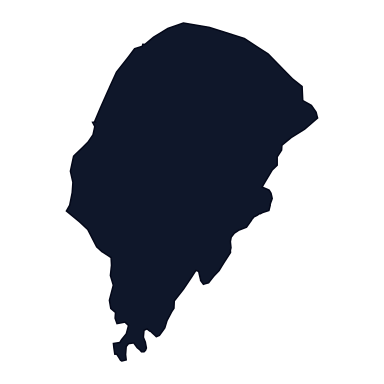 the district of Tukpahblee, Bong, Liberia
{"feature_id": "62588387B55119976119769", "entity_name": "Tukpahblee", "entity_type": "district", "adm_level": 2, "iso_a3": "LBR", "parent_name": "Liberia", "parent_adm1": "Bong", "projection": "equal_earth", "projection_center": [-9.416, 6.618], "detail": "fine", "context": "isolated", "style": "filled", "palette": "ink", "viewbox_px": 384, "rotation_deg": 0, "n_neighbors": 0, "source": "geoboundaries", "source_scale": "gbopen_adm2", "svg_char_len": 2184}
<svg xmlns="http://www.w3.org/2000/svg" viewBox="0 0 384 384"><path d="M294.4,80.4L292.3,78.7L282.4,68.6L268.2,54.0L258.4,47.7L248.2,41.0L244.4,38.5L235.3,35.6L209.4,27.4L183.4,23.0L178.0,24.9L177.7,25.0L167.9,28.4L153.5,37.2L144.9,44.4L142.8,44.3L142.3,46.3L134.6,48.7L128.4,57.0L116.5,72.1L109.6,87.2L109.1,88.4L108.7,89.3L107.9,91.0L100.1,108.6L94.6,121.6L95.1,122.0L94.4,122.1L92.6,122.3L94.8,126.5L93.0,134.8L88.0,142.1L85.5,144.6L82.2,147.9L75.9,153.9L73.6,156.2L70.4,171.2L72.9,182.4L72.2,192.6L69.7,205.2L66.4,211.0L79.4,221.7L85.7,227.6L87.1,228.9L87.7,229.4L96.7,246.9L102.1,251.8L102.9,252.2L111.1,257.6L111.5,265.3L110.4,275.5L111.9,280.5L113.3,285.2L109.4,300.3L110.8,308.5L114.7,311.8L115.5,312.4L115.1,318.2L117.0,323.6L124.9,322.1L128.5,325.5L126.3,333.8L121.6,339.6L119.8,342.5L113.4,343.5L113.9,348.0L114.8,354.2L116.7,354.2L118.9,357.5L120.5,360.2L121.8,361.0L126.2,359.9L125.6,354.6L126.2,346.6L128.5,343.7L133.7,342.9L136.1,346.2L137.2,347.7L139.8,349.8L141.5,351.8L144.0,351.8L145.5,350.3L146.4,348.0L145.4,342.6L145.4,342.3L143.4,337.3L143.6,334.8L144.0,330.3L147.0,328.9L149.8,331.1L150.6,331.3L152.9,333.5L154.9,335.3L156.3,336.7L159.4,335.4L163.4,329.9L164.8,327.9L167.0,320.6L170.2,314.6L171.7,311.7L174.0,308.2L174.0,307.0L174.3,300.9L183.0,289.8L183.6,289.0L191.6,277.1L195.9,270.4L198.7,271.4L199.2,273.9L200.6,279.9L200.6,280.5L202.9,283.6L203.4,284.3L204.9,283.8L208.6,282.8L210.6,280.2L212.4,277.9L214.1,275.8L219.1,270.6L222.0,265.8L224.0,262.6L229.6,253.9L229.9,253.5L230.5,252.5L230.4,250.2L231.0,247.8L230.4,241.9L230.4,241.3L230.5,240.9L231.2,237.2L233.7,234.0L234.3,233.2L237.8,230.9L238.5,230.3L246.5,227.2L249.9,222.4L251.3,220.5L252.1,219.0L252.7,218.5L253.8,217.0L257.2,215.3L258.9,214.1L259.4,213.7L260.2,213.8L262.7,212.5L268.9,210.5L270.2,205.4L270.2,204.2L271.2,201.3L271.4,200.9L272.2,198.5L271.6,195.7L271.4,194.9L271.0,193.2L269.1,190.1L262.7,187.3L262.1,187.0L266.1,180.2L272.2,170.0L277.2,165.2L277.2,156.9L281.6,150.1L281.9,145.3L282.8,144.5L291.3,137.5L304.6,129.2L305.9,128.1L317.6,118.0L317.1,116.3L316.1,112.2L311.4,105.4L302.8,100.6L302.7,99.5L302.1,86.5L294.4,80.4Z" fill="#0f172a" stroke="#020617" stroke-width="1.5"/></svg>